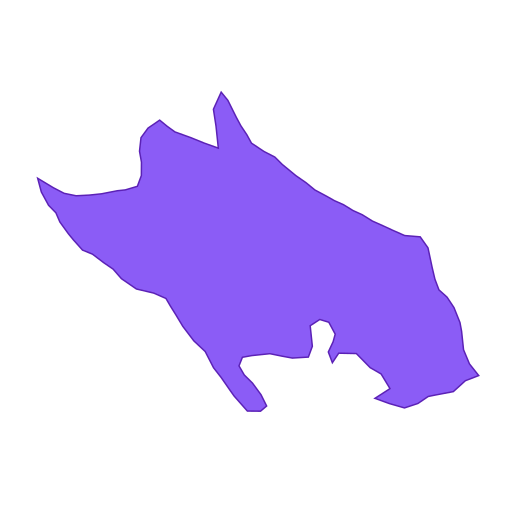 outline of Marathovounos, Cyprus, rotated 354°
{"feature_id": "46923920B63450565530308", "entity_name": "Marathovounos", "entity_type": "district", "adm_level": 2, "iso_a3": "CYP", "parent_name": "Cyprus", "parent_adm1": "", "projection": "natural_earth1", "projection_center": [33.631, 35.217], "detail": "fine", "context": "isolated", "style": "filled", "palette": "violet", "viewbox_px": 512, "rotation_deg": 354, "n_neighbors": 0, "source": "geoboundaries", "source_scale": "gbopen_adm2", "svg_char_len": 1535}
<svg xmlns="http://www.w3.org/2000/svg" viewBox="0 0 512 512"><g transform="rotate(354 256 256)"><path d="M47.0,155.9L49.2,169.9L55.0,183.9L61.5,192.1L64.5,201.7L71.7,214.2L76.1,220.9L84.1,232.0L93.6,237.1L103.8,246.7L112.5,254.1L119.8,264.5L133.6,276.3L150.4,282.2L162.0,288.8L165.7,297.0L170.0,305.8L175.9,318.4L185.3,333.9L195.5,345.7L202.1,362.7L208.6,373.1L215.9,386.4L219.6,393.0L231.2,409.3L244.3,410.8L250.9,406.3L246.5,394.5L239.2,382.0L231.9,373.1L227.6,363.5L231.9,355.3L241.4,354.6L251.6,354.6L259.6,354.6L271.3,358.3L281.5,361.3L297.5,362.0L302.6,351.7L302.6,342.8L302.6,331.0L312.8,325.8L321.5,329.5L326.6,342.0L323.7,349.4L317.9,359.0L320.8,370.1L328.1,361.3L345.6,363.5L357.9,379.0L368.1,386.4L375.4,401.9L359.4,410.0L373.2,416.7L387.8,422.6L401.6,419.6L412.6,413.7L419.9,413.0L438.1,411.5L451.2,401.9L465.0,398.2L457.0,385.6L452.6,370.9L452.6,352.4L451.9,343.5L447.5,328.0L441.7,316.9L434.4,308.8L431.5,297.7L430.0,285.9L427.9,265.9L421.3,254.1L406.0,251.2L394.3,244.5L385.6,239.3L375.4,233.4L365.9,226.0L357.2,220.9L348.5,214.2L339.7,209.1L332.4,203.9L321.5,196.5L313.5,188.4L304.0,180.2L291.7,167.7L285.1,159.6L274.9,152.9L263.3,143.3L259.6,134.5L254.5,124.8L250.9,116.0L244.3,98.3L238.5,89.4L229.0,105.6L229.8,122.6L229.8,144.8L215.9,138.1L203.6,131.5L188.3,124.1L181.0,117.5L174.4,110.8L162.0,117.5L154.0,126.3L151.1,139.6L151.9,150.7L150.4,164.0L145.3,174.3L132.9,176.6L124.9,176.6L108.9,178.0L96.5,178.0L83.4,177.3L71.7,173.6L61.6,166.9L47.0,155.9Z" fill="#8b5cf6" stroke="#5b21b6" stroke-width="1.5"/></g></svg>